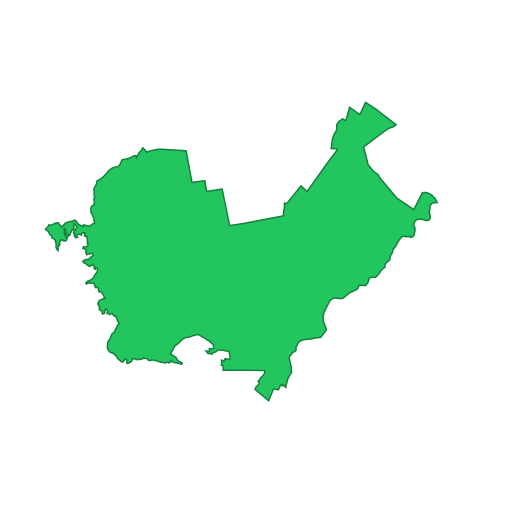 outline of Valea Calugareasca, Prahova, Romania, rotated 250°
{"feature_id": "2599482B81311805596986", "entity_name": "Valea Calugareasca", "entity_type": "district", "adm_level": 2, "iso_a3": "ROU", "parent_name": "Romania", "parent_adm1": "Prahova", "projection": "equal_earth", "projection_center": [26.171, 44.946], "detail": "fine", "context": "isolated", "style": "filled", "palette": "green", "viewbox_px": 512, "rotation_deg": 250, "n_neighbors": 0, "source": "geoboundaries", "source_scale": "gbopen_adm2", "svg_char_len": 5994}
<svg xmlns="http://www.w3.org/2000/svg" viewBox="0 0 512 512"><g transform="rotate(250 256 256)"><path d="M244.2,444.6L248.8,443.9L252.0,442.4L252.4,441.9L253.0,442.2L256.6,438.9L258.0,436.5L257.9,434.6L258.7,434.1L245.6,420.2L262.3,408.1L286.1,399.5L290.7,398.6L295.3,395.4L303.4,392.6L321.7,394.4L330.3,422.8L330.5,425.8L330.5,429.5L331.4,432.5L353.0,418.9L362.9,411.5L353.4,402.0L363.7,394.8L352.4,386.7L355.2,384.5L354.5,381.2L353.5,378.7L351.5,376.6L347.8,375.4L345.6,373.7L344.2,371.6L342.2,369.7L340.0,368.0L331.2,363.4L330.1,366.6L328.8,368.5L328.4,368.9L327.6,368.1L319.7,355.9L299.1,326.0L306.5,322.3L294.8,302.8L296.1,300.9L291.0,298.9L289.1,297.5L286.1,296.1L285.1,296.0L284.4,295.3L290.9,254.9L293.6,241.6L330.5,247.1L333.6,231.7L344.3,233.7L347.0,221.0L378.8,226.3L389.5,201.8L390.9,193.6L391.0,188.7L392.2,188.6L396.4,186.6L394.4,184.2L392.9,181.0L391.2,179.8L390.8,178.7L389.4,177.4L391.2,177.6L391.8,176.4L391.8,174.2L391.3,172.0L391.4,167.9L392.3,163.1L388.3,159.2L387.2,157.2L387.6,155.1L387.8,151.0L386.8,147.4L382.6,139.6L381.8,136.7L381.0,135.2L381.3,133.4L380.9,132.3L377.9,130.5L375.4,127.4L374.0,126.3L372.1,126.0L368.4,124.6L366.2,124.5L365.6,124.1L365.1,123.1L360.5,122.1L359.8,121.2L358.8,118.5L357.1,116.8L353.2,115.9L349.8,116.5L342.2,115.8L342.1,114.0L341.0,109.8L344.2,104.6L344.0,104.0L342.7,103.7L346.6,99.9L350.8,98.8L351.6,98.2L351.7,97.4L351.5,94.5L352.2,92.4L352.2,87.9L351.6,87.6L349.8,82.9L354.6,81.8L355.0,81.3L355.5,79.4L355.0,74.1L356.1,72.0L354.6,70.4L353.3,67.4L352.3,67.6L350.2,69.2L346.8,69.6L344.6,70.6L342.6,70.6L340.6,72.6L335.3,72.3L333.5,71.3L331.8,71.0L331.3,71.3L330.4,71.1L328.9,71.9L332.2,73.3L333.8,75.5L333.9,75.0L334.8,74.9L337.1,77.1L336.4,77.8L337.1,77.5L337.9,77.8L337.9,78.7L337.3,79.5L336.5,80.3L335.6,80.6L335.4,81.9L335.6,83.3L336.8,83.9L337.1,84.6L338.3,84.7L338.3,84.0L340.5,83.4L343.3,83.8L345.3,84.6L347.1,84.8L347.5,85.3L347.4,85.6L345.3,86.0L342.9,85.1L341.9,85.3L341.1,84.9L338.6,85.8L339.2,86.9L340.4,87.2L339.3,87.6L339.5,88.4L341.1,89.4L342.3,91.3L343.5,92.1L343.8,93.9L344.7,94.7L346.9,95.0L348.6,96.0L344.4,97.7L343.8,97.3L343.1,95.9L341.9,95.3L342.8,93.6L340.4,93.5L340.2,92.5L339.7,92.5L339.1,93.3L337.9,92.5L337.5,92.4L337.5,92.8L336.7,92.2L334.6,93.1L335.0,93.7L334.7,94.7L336.3,94.2L337.1,95.9L336.8,97.4L335.4,99.1L336.6,99.7L337.1,101.0L337.0,101.4L336.6,101.7L336.6,102.7L336.3,103.3L333.7,101.7L332.8,102.1L332.5,103.6L331.4,103.7L330.7,103.3L330.2,103.8L328.5,102.7L327.3,102.8L325.8,101.8L324.4,102.3L322.4,100.0L322.5,99.3L323.8,97.3L322.5,96.0L321.6,96.5L320.8,98.2L320.3,98.4L319.2,98.2L318.2,97.4L315.1,97.3L315.2,99.9L314.9,100.5L314.5,102.9L313.9,103.4L312.7,103.2L312.0,102.7L311.6,100.7L310.4,98.7L310.5,95.6L311.0,94.0L310.1,91.3L308.0,92.4L306.6,94.0L305.7,94.0L303.0,96.1L304.0,99.8L302.1,100.0L300.8,100.5L300.0,101.3L299.7,99.7L298.5,100.1L299.3,101.8L298.2,102.9L295.2,101.1L293.7,98.6L291.2,95.8L290.6,94.6L289.8,91.2L289.9,88.8L288.5,86.6L287.6,87.3L288.1,89.1L286.8,91.6L286.8,93.0L286.4,93.9L283.9,94.7L283.4,94.3L281.3,94.3L281.0,94.6L281.1,95.9L280.7,96.2L279.1,96.9L277.2,96.0L275.7,96.5L275.6,98.1L272.0,99.2L267.7,99.6L268.0,98.3L268.3,98.1L267.8,97.3L268.0,96.0L267.6,93.2L265.1,91.0L264.2,90.9L261.9,91.5L260.4,91.1L259.8,90.5L258.1,90.9L257.8,91.9L256.1,92.6L254.8,91.7L253.9,92.2L253.9,93.9L254.5,94.6L257.3,96.0L257.5,96.8L256.8,97.5L255.4,97.8L252.7,96.4L252.2,98.3L251.1,98.4L251.6,99.2L251.1,100.1L251.1,101.1L248.2,102.1L247.8,102.6L247.6,103.6L242.2,103.7L240.1,104.1L239.1,104.8L238.7,104.2L238.6,102.6L232.9,96.6L232.5,95.8L232.2,94.1L228.9,91.3L225.4,86.9L220.7,85.0L218.4,84.9L215.4,86.0L213.1,89.0L211.9,89.2L210.5,90.3L207.3,90.8L202.7,93.3L202.2,93.9L202.0,95.4L203.3,96.7L204.0,98.3L201.7,99.2L199.7,97.9L198.9,98.4L199.2,102.2L199.9,103.3L201.4,104.4L201.1,105.5L201.5,106.0L201.3,106.8L200.1,107.5L199.0,109.2L199.1,110.1L198.4,111.9L198.2,114.9L198.6,115.9L197.6,116.9L196.8,118.7L195.1,119.1L193.8,120.7L194.0,121.8L193.6,123.4L191.7,126.6L189.5,129.1L188.0,132.0L186.6,133.8L186.5,136.7L185.6,137.2L185.3,138.2L185.6,139.2L186.6,140.2L184.4,141.9L181.4,146.9L179.7,148.9L180.6,150.1L184.4,146.8L188.6,146.0L189.0,145.0L191.2,144.0L192.9,141.9L199.3,149.1L200.4,153.2L201.8,155.8L203.3,160.1L203.3,162.8L202.5,166.9L202.7,169.1L202.2,173.9L201.6,175.2L196.3,179.7L194.7,180.7L191.6,183.3L188.7,184.6L187.4,185.7L183.5,184.5L184.8,180.4L182.0,179.6L183.9,176.6L180.9,177.5L178.8,181.2L179.8,182.1L179.6,184.0L179.8,186.1L180.5,187.4L180.5,189.0L178.9,192.3L175.5,198.0L169.9,197.1L167.8,196.1L169.4,193.1L170.0,192.4L169.3,191.9L169.7,191.4L168.1,190.1L169.9,188.0L165.5,186.6L165.1,186.1L164.2,187.6L159.9,186.0L150.0,213.1L145.4,224.9L143.3,224.5L142.3,222.9L141.7,222.6L139.6,218.1L138.5,217.2L137.9,215.4L137.2,215.1L135.5,215.5L134.5,214.9L133.4,212.9L133.2,211.5L131.1,209.4L115.6,218.4L125.2,227.0L122.6,231.3L126.4,235.0L126.4,235.3L125.2,236.2L125.8,237.1L122.3,239.0L123.9,239.8L129.9,244.1L132.7,247.2L133.5,248.7L134.6,249.6L139.5,251.1L148.2,252.2L149.8,252.9L152.7,257.3L153.0,259.9L153.5,261.2L156.6,262.4L160.5,266.8L161.1,269.0L160.9,272.9L159.0,280.2L158.9,282.9L157.4,288.7L158.0,290.0L162.3,296.6L163.5,297.1L171.4,296.9L175.5,298.0L179.8,300.6L188.8,310.2L189.8,314.0L189.7,315.3L186.7,321.8L186.5,323.1L189.4,331.5L190.0,338.7L190.4,340.0L191.1,341.1L192.5,342.2L193.0,343.2L192.8,344.5L191.0,348.0L191.0,349.6L192.8,352.1L196.4,355.0L196.6,355.5L196.4,357.5L195.1,360.7L195.4,361.9L197.8,366.3L200.1,369.2L201.3,373.2L203.7,374.3L204.8,375.4L206.5,380.2L210.6,382.8L212.2,385.1L215.1,386.8L217.0,390.0L221.2,394.9L223.2,397.8L224.1,399.5L224.2,401.1L222.4,404.6L222.0,407.0L221.2,407.1L220.5,408.1L220.5,410.3L222.0,412.0L226.3,414.5L228.8,415.0L232.0,414.9L233.4,416.2L234.4,417.6L235.1,419.3L235.0,421.7L233.6,424.7L230.7,428.7L230.7,431.0L231.4,432.0L232.7,432.9L235.0,433.6L238.0,433.8L239.3,434.8L242.1,435.8L244.1,437.2L245.0,438.8L245.3,440.6L244.9,442.9L244.2,444.6Z" fill="#22c55e" stroke="#15803d" stroke-width="1.5"/></g></svg>